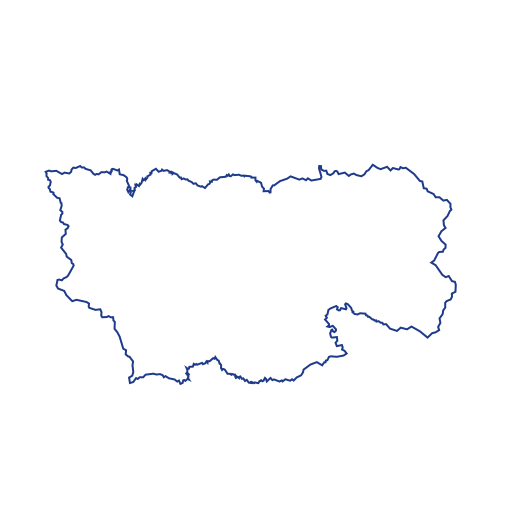 outline of Mae Taeng, Chiang Mai, Thailand, rotated 347°
{"feature_id": "78962969B22934256607694", "entity_name": "Mae Taeng", "entity_type": "district", "adm_level": 2, "iso_a3": "THA", "parent_name": "Thailand", "parent_adm1": "Chiang Mai", "projection": "robinson", "projection_center": [98.828, 19.19], "detail": "fine", "context": "isolated", "style": "outline", "palette": "blue", "viewbox_px": 512, "rotation_deg": 347, "n_neighbors": 0, "source": "geoboundaries", "source_scale": "gbopen_adm2", "svg_char_len": 6090}
<svg xmlns="http://www.w3.org/2000/svg" viewBox="0 0 512 512"><g transform="rotate(347 256 256)"><path d="M73.5,126.2L70.0,126.7L70.5,128.6L69.8,130.9L71.0,133.3L70.6,134.9L72.2,135.7L72.7,137.5L71.1,140.9L69.3,142.0L69.3,143.2L70.1,144.2L70.2,147.1L72.4,148.2L73.0,149.1L72.4,150.1L75.4,154.6L77.6,155.6L77.7,160.3L78.3,160.7L78.0,163.2L75.6,167.4L77.2,169.4L76.9,171.1L75.4,172.0L72.9,177.3L73.7,179.1L75.5,180.0L76.1,181.7L79.3,183.3L80.1,184.8L78.7,186.6L76.3,187.5L75.6,191.7L71.0,194.2L69.7,198.5L70.3,201.3L68.0,204.0L71.5,211.4L71.4,214.0L75.1,218.3L74.9,221.5L76.1,222.7L76.2,224.3L68.5,232.8L66.7,233.9L63.4,234.6L61.4,236.0L58.9,234.7L57.2,234.7L54.8,239.9L55.8,243.2L61.3,246.9L62.4,251.5L66.8,258.7L71.2,258.3L80.5,262.7L82.6,264.8L81.6,267.6L81.9,269.0L87.5,272.4L92.3,272.9L92.8,276.1L91.8,279.2L92.4,281.1L97.0,281.9L98.8,281.4L100.8,283.1L103.0,283.5L102.6,286.7L103.6,288.5L101.8,295.1L103.8,299.3L105.0,303.9L105.8,316.4L108.2,318.6L106.9,322.5L108.9,325.2L110.1,325.7L112.5,331.1L111.1,334.6L110.3,341.6L108.5,344.8L105.0,345.9L104.6,351.4L108.0,351.2L111.7,348.0L113.1,349.2L115.4,348.0L118.8,348.8L121.7,346.8L129.5,347.6L132.4,349.1L135.9,349.5L138.3,351.2L138.9,353.4L140.8,352.7L143.7,355.6L148.9,358.0L151.0,360.6L152.9,360.0L153.6,363.6L155.9,363.2L157.1,360.8L158.2,360.7L159.0,361.8L161.6,360.4L162.9,361.4L162.2,359.4L163.0,358.5L162.7,357.5L164.0,356.3L163.4,355.3L162.2,355.9L161.6,354.7L162.7,354.1L163.5,351.7L163.1,349.4L164.4,350.8L165.4,350.6L166.1,349.0L169.6,349.6L171.1,347.1L172.2,348.3L173.5,347.8L174.2,348.7L179.4,348.0L180.0,349.5L182.5,349.1L184.1,347.5L184.8,349.0L185.3,347.6L187.2,348.1L191.3,345.9L192.5,346.8L193.6,345.3L195.0,348.8L196.1,349.5L196.3,352.7L196.8,352.7L197.5,354.5L196.7,357.3L197.3,359.4L198.4,358.6L200.0,359.6L201.8,364.4L205.1,365.2L205.3,366.2L206.8,365.8L208.0,366.9L208.8,366.8L209.8,368.9L208.7,369.1L209.0,370.3L210.7,369.6L211.9,371.0L212.1,370.1L213.6,369.8L214.6,372.5L216.1,372.4L217.2,375.3L219.1,374.6L220.5,377.8L222.4,378.5L222.0,377.8L223.0,377.5L225.6,379.4L226.2,378.9L229.7,380.4L231.3,378.7L232.4,378.9L233.1,378.2L234.3,379.5L235.3,379.2L237.3,376.8L238.1,377.9L238.3,380.7L242.7,378.1L244.0,380.6L245.8,380.3L250.7,383.6L253.1,383.0L253.7,384.2L256.9,382.7L261.2,385.2L263.4,384.2L264.7,385.8L268.3,383.5L273.1,382.4L275.5,380.1L276.8,377.4L284.7,374.0L291.4,373.1L295.9,377.4L298.5,375.0L299.8,375.2L300.5,373.6L302.1,373.6L304.4,370.7L306.4,370.6L312.1,372.4L318.9,372.7L322.4,371.4L320.9,368.2L318.8,366.5L319.9,364.7L319.7,362.1L314.5,362.0L314.0,358.4L316.2,356.8L316.6,353.2L311.6,352.6L310.9,351.6L310.8,348.1L312.9,345.0L313.8,344.9L314.1,346.8L315.3,347.8L317.1,346.7L317.4,345.3L315.1,341.3L311.7,341.8L309.8,340.8L311.6,339.9L311.8,338.7L309.0,333.4L311.2,332.1L310.4,330.0L312.5,328.9L314.4,324.9L316.6,323.9L322.9,322.8L324.1,324.3L322.9,326.2L324.4,327.6L325.6,327.8L327.2,325.9L331.7,328.2L332.4,327.3L332.0,323.1L332.9,322.4L334.5,323.5L337.1,328.0L337.2,330.7L338.2,332.0L337.5,332.5L339.1,334.7L341.8,335.8L344.5,335.2L349.7,336.8L349.8,338.5L351.2,339.1L351.5,340.5L352.7,340.7L355.1,344.0L356.4,344.4L357.0,345.6L358.5,345.7L358.6,347.0L360.8,347.1L362.4,349.0L364.1,349.5L364.7,351.3L367.5,351.7L370.2,356.9L376.5,360.7L380.9,358.4L386.7,361.4L391.6,359.7L398.7,366.2L404.8,374.1L410.3,370.8L413.7,370.8L417.8,369.4L417.5,366.1L420.6,362.7L420.8,358.1L424.8,354.6L426.1,351.2L428.8,348.8L429.8,344.2L431.4,342.9L435.9,342.1L437.8,339.8L438.4,336.7L442.3,335.7L444.2,329.0L444.0,325.9L441.3,324.6L439.3,318.9L436.1,319.3L433.3,316.3L429.0,305.4L425.3,301.9L428.6,300.5L434.1,293.9L435.5,293.3L439.0,293.9L440.3,291.9L442.5,290.7L443.3,287.5L440.2,283.2L438.3,277.9L442.2,273.6L447.0,271.3L446.0,268.2L446.7,263.4L451.6,260.1L455.1,255.7L456.8,254.8L456.4,252.3L457.2,248.9L454.6,244.3L451.0,244.1L447.9,240.0L444.3,239.2L442.9,235.5L437.8,231.6L437.4,228.8L434.7,227.7L434.8,220.8L432.6,219.8L428.5,211.7L421.8,203.7L419.0,203.6L416.8,201.9L415.2,203.7L414.1,203.7L409.2,201.1L406.3,202.9L403.8,198.6L397.0,199.4L394.4,197.7L390.3,193.4L385.0,197.7L382.7,198.2L379.9,200.9L376.6,202.0L372.0,199.7L369.9,197.7L366.5,197.9L364.5,198.9L361.3,194.7L354.9,194.8L354.3,192.1L353.2,191.1L351.6,191.2L350.0,192.8L346.6,193.9L344.0,192.1L343.7,188.7L341.3,188.3L339.6,186.9L339.1,185.5L339.6,183.1L337.9,182.5L337.1,184.6L337.6,193.6L336.3,195.4L326.9,194.9L324.0,192.0L321.8,193.4L318.8,190.9L315.4,191.3L307.6,186.2L303.6,187.7L296.3,188.4L289.5,191.3L288.2,191.0L285.3,194.0L284.4,197.3L283.6,197.3L282.7,195.5L278.0,194.6L278.9,192.1L277.5,189.8L277.4,185.8L274.1,183.1L273.4,183.9L272.5,182.2L273.1,179.5L269.2,178.6L269.2,177.6L267.7,176.8L263.6,175.4L262.6,175.8L262.3,174.9L259.7,174.5L257.7,173.0L253.1,172.3L252.0,171.3L249.4,172.6L248.2,172.1L247.8,170.4L246.3,171.4L245.7,170.6L244.3,172.0L238.6,171.2L235.1,172.9L231.6,172.0L230.0,172.6L229.7,173.7L227.9,173.0L227.9,174.2L226.7,175.3L225.4,175.4L221.6,178.3L219.1,175.8L218.0,176.1L214.9,174.1L213.7,171.6L211.3,171.6L209.9,169.4L207.1,167.4L206.5,165.9L204.6,165.6L203.0,164.2L200.8,164.4L200.5,162.6L199.3,162.5L197.4,158.7L194.5,156.7L193.1,157.3L193.3,155.7L192.1,156.0L192.1,154.9L190.5,155.2L190.7,154.2L188.6,152.3L185.2,152.3L183.9,150.7L183.3,151.6L180.1,152.0L178.1,148.5L173.5,149.9L172.8,151.8L171.7,151.3L171.5,153.0L168.0,154.0L167.8,155.2L165.5,157.0L165.5,155.5L163.6,156.8L162.9,155.3L161.1,158.8L159.2,160.4L158.8,159.7L157.7,161.5L155.8,159.4L155.6,160.1L154.5,159.5L154.5,161.8L152.9,162.4L152.7,164.7L150.6,164.9L151.6,165.9L148.9,170.0L147.1,167.7L148.2,166.2L148.8,162.5L146.0,165.1L145.4,162.5L146.7,160.2L148.4,160.7L147.0,153.7L147.9,152.0L147.7,150.4L145.3,147.5L141.6,145.7L141.9,140.9L140.2,141.5L136.3,138.9L134.9,139.0L134.3,139.8L134.7,140.6L133.5,142.0L133.0,141.7L132.6,143.2L129.4,140.1L127.2,140.4L124.3,139.5L121.0,141.0L119.1,140.2L117.5,140.7L116.1,139.4L114.2,135.4L109.3,132.6L108.6,131.1L106.1,130.5L104.9,128.8L100.1,129.7L97.9,128.8L95.7,130.3L94.8,132.4L92.6,133.6L88.2,131.7L85.4,132.5L80.6,128.1L75.4,127.4L73.5,126.2Z" fill="none" stroke="#1e3a8a" stroke-width="2"/></g></svg>